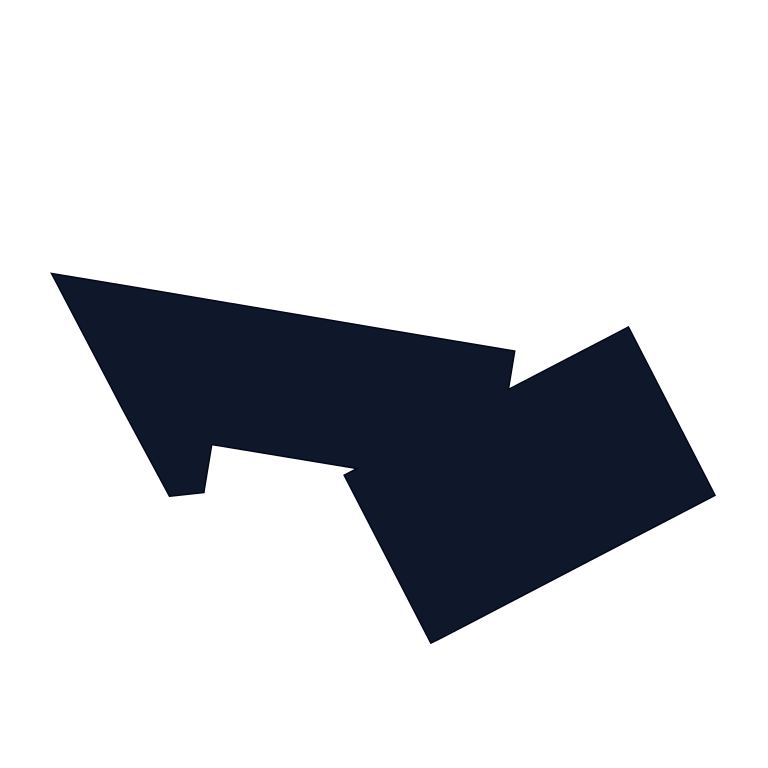 General Belgrano, Chaco, Argentina (Mercator projection), rotated 152°
{"feature_id": "61730980B57634400026456", "entity_name": "General Belgrano", "entity_type": "district", "adm_level": 2, "iso_a3": "ARG", "parent_name": "Argentina", "parent_adm1": "Chaco", "projection": "mercator", "projection_center": [-61.053, -26.902], "detail": "fine", "context": "isolated", "style": "filled", "palette": "ink", "viewbox_px": 768, "rotation_deg": 152, "n_neighbors": 0, "source": "geoboundaries", "source_scale": "gbopen_adm2", "svg_char_len": 711}
<svg xmlns="http://www.w3.org/2000/svg" viewBox="0 0 768 768"><g transform="rotate(152 384 384)"><path d="M626.2,546.2L626.4,509.7L626.6,485.6L626.1,385.6L593.9,372.7L592.8,374.4L564.5,411.4L449.6,323.6L447.8,322.1L457.4,322.1L462.0,322.2L462.7,261.7L464.3,133.2L461.4,133.1L453.8,132.9L434.8,132.7L282.7,131.5L233.7,131.1L156.8,130.4L146.3,130.3L144.0,130.3L143.6,156.2L142.7,222.7L141.4,319.6L157.7,319.7L169.6,319.8L210.2,320.2L276.7,320.8L272.7,326.1L271.5,327.6L253.1,351.7L260.8,357.6L361.8,435.0L365.4,437.8L373.1,443.7L472.4,520.1L478.3,524.7L479.4,525.5L482.5,527.8L553.4,582.4L560.7,588.0L625.7,637.7L625.7,627.6L625.9,598.1L626.2,546.2Z" fill="#0f172a" stroke="#020617" stroke-width="1.5"/></g></svg>